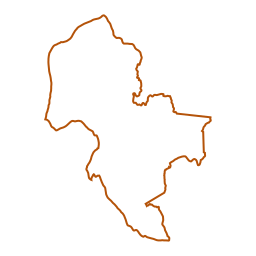 Breves, Pará, Brazil (Equal Earth projection)
{"feature_id": "56859067B92233962013090", "entity_name": "Breves", "entity_type": "district", "adm_level": 2, "iso_a3": "BRA", "parent_name": "Brazil", "parent_adm1": "Pará", "projection": "equal_earth", "projection_center": [-50.568, -1.157], "detail": "fine", "context": "isolated", "style": "outline", "palette": "amber", "viewbox_px": 256, "rotation_deg": 0, "n_neighbors": 0, "source": "geoboundaries", "source_scale": "gbopen_adm2", "svg_char_len": 5795}
<svg xmlns="http://www.w3.org/2000/svg" viewBox="0 0 256 256"><path d="M61.0,42.1L59.9,42.9L58.3,43.5L56.4,44.6L55.3,44.9L53.8,45.8L52.8,47.1L52.0,48.4L49.3,53.3L49.2,54.1L48.8,56.0L48.5,58.5L48.4,62.0L48.5,64.1L49.2,71.3L49.6,73.2L50.3,75.9L50.7,78.1L51.0,80.6L51.4,82.8L51.4,84.3L51.2,86.5L51.2,88.5L51.1,89.6L51.1,90.7L50.5,93.1L50.2,95.1L50.3,96.8L49.4,100.1L49.4,103.0L49.3,103.8L48.6,105.2L48.4,107.6L47.6,110.2L47.5,111.0L46.5,113.4L46.3,114.6L46.1,116.5L45.7,118.1L45.3,119.4L46.4,119.6L47.2,119.9L48.7,121.1L49.5,122.4L50.3,123.8L50.9,125.4L51.3,126.2L51.8,126.9L53.4,127.8L54.4,128.7L54.9,129.3L56.0,130.3L56.8,130.3L57.5,130.0L60.3,128.4L63.5,127.4L65.6,126.3L67.0,125.2L70.2,122.2L71.7,121.1L72.9,120.9L75.0,121.4L77.4,120.9L78.4,120.8L79.4,120.9L81.3,121.4L83.6,123.6L86.1,126.7L86.9,127.3L88.0,128.6L89.2,129.5L90.8,130.3L92.6,131.3L93.2,132.3L93.5,133.4L94.2,134.9L94.5,135.2L94.9,135.4L96.3,135.4L96.7,135.6L96.9,135.9L98.0,138.7L98.4,140.4L98.8,142.7L98.8,144.6L98.5,147.0L98.3,148.2L97.4,148.4L97.0,149.3L95.2,150.4L93.5,152.3L92.8,153.7L91.6,156.5L90.9,159.3L90.1,161.2L89.4,162.6L88.4,164.0L87.7,165.3L87.0,166.3L87.0,167.2L86.8,167.8L86.5,168.3L86.4,169.5L86.6,170.0L86.9,170.3L87.2,170.8L88.2,173.0L88.8,177.0L89.1,178.0L89.3,178.4L90.7,179.6L91.4,179.9L91.3,179.2L91.7,177.5L92.7,176.1L92.8,175.5L93.1,175.0L93.8,174.3L94.2,174.6L94.6,175.5L95.0,176.0L95.3,176.5L95.9,176.8L97.6,175.7L99.2,175.6L100.0,177.1L100.5,178.7L101.8,182.1L103.3,185.4L104.6,186.9L105.2,188.0L106.2,194.4L106.7,195.6L107.7,197.6L109.5,199.4L111.1,200.8L112.9,202.9L114.6,204.4L116.7,206.8L117.6,208.2L119.6,210.0L120.6,211.2L121.1,212.1L122.7,213.5L123.6,214.8L124.3,216.1L124.7,217.2L125.6,219.4L126.8,223.4L127.6,225.2L128.0,225.5L129.8,226.1L130.9,226.7L131.6,227.5L133.2,230.1L133.8,230.5L134.3,230.5L135.8,230.0L136.3,230.0L137.1,230.4L138.3,231.8L138.8,232.7L140.4,234.8L141.6,235.9L143.2,236.7L143.6,236.7L144.2,236.2L145.0,235.9L145.4,236.0L147.0,237.1L147.5,237.3L151.5,238.4L153.5,238.9L156.6,240.1L158.2,240.4L160.9,240.4L162.1,240.2L164.1,240.4L166.2,240.4L168.7,240.6L169.1,240.3L169.3,238.5L169.2,237.7L168.2,236.5L167.5,236.1L167.2,234.9L166.5,233.0L165.1,230.3L164.6,228.0L164.3,227.2L162.4,224.6L162.3,224.0L162.4,223.3L163.2,220.3L163.2,219.5L163.0,216.7L162.7,215.9L160.3,211.3L159.2,209.9L158.9,209.2L158.9,208.0L158.8,207.1L158.2,206.8L157.1,207.3L156.1,206.6L154.9,206.6L154.2,206.4L152.4,205.2L152.1,204.7L151.5,204.5L150.7,204.6L149.9,204.0L149.5,204.4L149.1,204.6L148.4,205.3L148.0,205.5L147.5,205.4L146.8,206.0L146.3,204.8L145.7,203.8L164.3,192.7L165.1,190.5L165.4,189.6L165.4,188.8L165.2,188.1L165.8,185.7L164.8,183.5L164.6,180.8L164.7,179.4L164.5,178.9L164.4,175.8L164.2,175.4L164.4,174.8L164.4,173.6L164.7,173.1L164.6,171.9L164.8,171.3L164.8,170.8L165.0,170.3L165.4,169.7L166.2,169.6L166.5,169.1L168.4,168.2L168.8,167.9L168.9,167.4L169.3,167.8L169.7,167.7L170.2,167.3L170.3,166.4L170.6,165.9L169.9,163.2L171.1,162.2L173.1,161.1L175.1,159.5L176.9,158.7L178.3,157.8L182.0,156.6L183.7,156.3L184.8,156.3L185.3,156.4L185.8,156.7L186.4,157.4L188.8,160.5L190.3,161.3L191.3,161.3L192.7,159.9L193.5,159.3L193.9,159.1L194.3,159.0L195.2,159.3L196.0,159.9L196.6,160.7L197.5,163.8L198.0,165.1L198.6,165.2L199.4,164.8L199.7,164.4L200.4,162.4L200.8,160.0L201.7,159.6L202.4,159.0L203.1,158.3L203.6,157.4L204.0,157.0L204.8,156.4L205.1,155.8L204.9,152.8L203.8,152.3L203.2,131.9L202.8,131.7L202.0,131.0L202.9,129.8L203.5,127.5L203.8,126.9L205.2,125.4L205.3,124.8L205.6,124.2L207.5,123.0L208.2,122.7L208.7,122.7L209.0,122.5L209.6,121.6L210.2,121.2L210.7,120.7L210.7,120.0L210.2,118.9L210.5,117.8L210.5,117.3L176.8,113.6L176.3,112.7L175.7,112.0L174.7,112.2L173.7,111.8L173.4,111.5L173.5,110.7L174.0,109.0L173.9,108.2L173.1,107.2L172.7,104.3L172.3,103.6L171.5,102.5L171.7,100.5L171.0,99.1L170.8,97.9L170.4,97.5L170.3,96.7L170.0,96.1L168.8,96.1L167.7,95.8L166.8,96.1L165.6,96.3L164.2,96.2L163.4,95.9L163.3,95.3L163.5,94.8L163.4,94.2L162.9,94.0L161.1,93.9L156.8,95.1L155.3,94.9L154.5,94.9L154.0,95.1L152.9,96.3L152.4,96.5L152.0,96.4L151.2,95.7L150.6,95.3L150.1,95.4L149.5,95.7L148.3,97.0L148.0,97.6L147.9,98.3L147.8,100.3L147.7,101.0L146.8,102.0L146.5,102.5L145.8,104.9L145.4,105.0L145.0,104.9L144.1,103.6L143.4,103.0L142.9,103.0L142.6,103.2L142.2,103.8L141.8,104.8L141.4,105.3L141.0,105.4L139.4,104.5L138.3,104.8L137.4,104.8L135.8,102.8L133.9,102.8L133.6,102.4L133.3,101.8L133.1,101.0L133.4,98.5L133.8,96.8L133.8,96.0L133.6,95.3L133.2,94.5L133.2,93.9L133.5,93.4L134.4,93.2L134.9,93.5L135.2,94.0L135.6,95.1L136.3,96.0L136.7,96.3L137.4,96.3L138.8,95.6L139.3,95.1L139.5,93.2L139.7,92.7L140.0,92.1L141.2,91.1L141.4,90.6L141.4,90.1L141.2,89.6L140.5,88.7L140.5,87.8L141.2,86.6L141.3,86.0L141.2,83.3L140.6,80.7L140.3,80.3L139.8,80.2L139.4,80.3L138.9,80.1L138.9,79.4L139.1,78.7L138.8,78.1L137.4,77.9L137.1,77.6L137.2,77.0L137.8,76.1L137.9,75.4L137.4,74.5L137.5,73.5L137.8,71.6L137.4,70.9L136.9,70.5L136.6,70.0L136.3,69.3L136.2,68.7L137.0,67.4L137.7,64.5L138.1,64.2L139.0,64.8L139.5,64.7L139.8,64.0L140.0,62.8L140.3,62.1L140.6,61.8L140.7,60.6L141.5,58.7L141.7,57.6L141.6,57.0L141.2,56.0L140.3,52.4L138.6,50.6L136.5,49.4L135.8,48.8L135.0,47.8L134.4,46.4L133.4,44.8L132.1,44.0L129.6,43.9L127.6,43.6L123.9,43.6L123.0,42.9L122.4,41.7L121.8,39.5L121.4,39.0L120.5,38.3L119.3,37.9L117.8,37.9L117.0,38.0L116.4,37.9L114.8,36.5L113.8,35.3L113.5,34.7L113.3,32.4L112.9,30.5L112.1,29.1L111.6,27.9L110.3,24.0L109.4,22.6L108.0,20.9L107.0,18.6L105.8,16.8L104.2,15.5L103.9,15.4L103.4,15.4L102.6,15.7L102.0,16.1L101.4,16.8L99.8,17.9L98.4,18.5L94.3,19.4L93.4,19.7L92.5,20.1L91.1,21.0L84.3,23.7L81.8,25.1L81.0,25.6L78.5,27.0L77.2,28.2L77.0,28.7L76.6,29.0L75.0,30.9L73.1,34.1L71.7,36.8L70.3,38.6L69.6,39.1L68.4,40.0L67.7,40.4L67.4,40.7L66.1,41.3L62.9,42.2L61.0,42.1Z" fill="none" stroke="#b45309" stroke-width="2"/></svg>